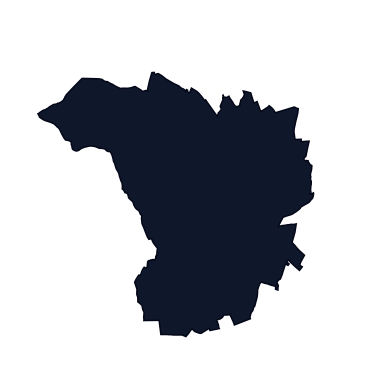 outline of Cucerdea, Mures, Romania, rotated 74°
{"feature_id": "2599482B79470279503619", "entity_name": "Cucerdea", "entity_type": "district", "adm_level": 2, "iso_a3": "ROU", "parent_name": "Romania", "parent_adm1": "Mures", "projection": "robinson", "projection_center": [24.246, 46.395], "detail": "fine", "context": "isolated", "style": "filled", "palette": "ink", "viewbox_px": 384, "rotation_deg": 74, "n_neighbors": 0, "source": "geoboundaries", "source_scale": "gbopen_adm2", "svg_char_len": 5938}
<svg xmlns="http://www.w3.org/2000/svg" viewBox="0 0 384 384"><g transform="rotate(74 192 192)"><path d="M329.3,237.8L327.7,235.3L323.4,229.8L327.0,227.7L329.9,223.6L330.4,222.3L327.8,213.1L330.1,212.9L330.8,203.4L329.9,203.6L326.6,203.2L324.7,203.5L323.7,203.3L323.2,203.6L323.0,203.9L322.5,204.0L321.9,203.6L321.6,203.0L321.9,201.9L321.7,201.4L321.8,200.0L321.2,197.9L320.8,197.3L319.4,195.6L319.2,194.9L319.2,194.5L319.7,193.1L319.7,192.4L319.9,192.1L320.0,191.4L320.3,190.4L320.2,189.3L328.9,188.0L331.5,187.9L329.9,170.8L328.6,170.9L327.6,170.4L324.8,168.7L324.2,168.2L322.8,166.3L320.4,164.8L319.3,163.9L319.2,163.3L311.0,158.4L309.7,157.8L306.2,156.5L304.5,156.0L303.5,155.5L301.3,154.0L299.4,152.6L298.6,151.8L298.2,151.2L297.6,150.5L300.5,146.1L300.3,145.8L303.1,142.1L305.7,137.8L307.1,138.0L308.5,138.5L309.9,136.4L308.1,135.9L305.6,134.8L303.4,135.2L302.6,135.3L301.8,134.8L300.3,132.8L300.2,131.4L299.7,130.8L296.6,128.4L287.0,122.1L289.0,119.9L287.9,118.5L285.4,120.2L283.9,118.2L291.7,113.7L297.0,110.3L294.8,107.2L294.2,106.6L293.2,107.7L291.7,108.5L289.6,107.0L288.8,106.3L283.8,101.3L278.2,104.8L274.1,106.9L272.7,107.4L268.1,109.7L267.7,109.5L259.0,104.1L251.4,100.6L251.2,103.1L250.5,105.2L250.1,108.0L249.7,110.5L249.6,112.3L249.2,114.0L249.1,115.6L249.0,118.7L241.3,111.4L241.3,110.2L241.1,107.2L241.1,103.4L240.9,101.7L239.2,96.2L238.7,95.0L237.6,92.6L236.9,92.0L236.5,91.5L235.6,88.3L234.5,83.5L234.0,82.0L232.5,79.9L231.4,78.1L230.9,77.6L229.2,76.5L226.7,75.4L226.2,75.6L226.7,76.7L226.8,77.4L226.4,78.9L226.1,77.9L222.5,77.4L218.5,75.9L217.5,75.3L214.5,74.4L212.8,74.7L209.6,73.5L209.1,73.5L208.7,73.8L205.8,72.3L203.2,70.8L199.7,69.5L199.2,69.8L198.7,70.6L198.7,71.0L197.8,71.2L197.2,71.1L196.9,71.2L195.8,71.7L194.9,71.8L194.6,72.0L193.9,71.8L193.2,73.7L192.9,75.0L192.3,75.5L191.4,75.3L190.8,75.5L190.5,75.0L190.0,74.8L190.1,74.5L189.7,74.0L189.6,73.6L189.1,72.8L188.6,72.4L181.8,68.9L175.4,65.4L173.7,73.2L171.4,72.5L169.9,78.5L162.2,77.4L159.3,76.3L152.7,72.8L146.6,69.3L144.7,68.3L141.2,66.9L140.1,68.5L139.2,69.4L138.5,70.3L138.8,90.0L135.4,91.0L133.5,91.9L131.9,92.9L130.3,94.1L131.1,95.2L132.6,100.0L133.1,101.6L133.2,103.8L123.0,104.5L123.4,106.9L123.5,108.0L112.9,108.2L110.2,112.7L109.0,114.9L112.9,114.8L113.7,115.5L114.6,116.2L116.0,117.8L117.1,119.8L117.5,120.1L118.2,120.1L118.5,120.3L118.8,120.7L119.5,121.0L120.6,121.7L121.1,122.0L121.8,122.0L122.1,122.2L122.3,122.6L122.2,123.6L122.3,125.0L122.2,125.7L121.5,126.5L120.5,127.1L119.1,127.7L116.9,128.1L111.7,129.9L110.1,130.1L110.7,132.3L109.5,135.3L107.8,135.3L107.4,135.4L107.6,135.7L108.8,135.7L109.6,136.4L111.4,136.7L112.4,137.3L117.2,141.1L117.6,141.3L120.2,140.9L120.6,141.1L121.6,142.2L123.3,144.9L124.4,145.6L125.9,146.8L126.0,147.0L110.3,152.5L107.2,153.5L107.7,154.6L101.9,156.8L98.0,158.7L96.2,160.0L92.0,163.9L96.1,167.1L94.7,168.7L94.3,168.5L94.1,168.8L93.0,168.1L92.0,169.1L93.2,170.4L93.0,170.6L91.3,171.3L90.4,172.1L89.4,173.4L88.1,174.4L86.5,175.3L82.6,179.8L76.3,185.8L72.0,188.9L69.1,191.6L68.7,192.6L68.7,193.3L68.9,193.7L68.8,194.7L68.6,195.2L68.0,195.5L66.7,195.3L66.3,196.5L66.3,197.3L66.2,197.7L73.9,202.5L80.0,205.8L82.5,206.8L82.4,207.1L81.9,207.7L81.7,208.4L81.7,212.1L80.6,212.5L79.9,213.0L77.8,214.9L77.2,215.6L75.1,217.4L74.9,217.8L74.8,218.5L75.0,221.0L75.0,222.1L74.8,223.7L74.4,225.9L73.3,229.3L73.0,230.7L72.9,231.5L72.6,232.4L70.4,235.1L68.2,237.3L66.6,238.7L65.1,240.6L63.4,242.2L62.8,242.6L61.6,245.3L60.3,246.5L59.4,247.1L58.6,248.0L57.6,250.3L56.5,253.5L52.5,266.3L58.6,277.1L63.6,285.6L65.6,287.9L66.8,288.8L67.2,289.4L68.3,290.3L68.6,290.9L69.5,293.4L69.7,294.4L69.9,295.5L69.7,296.0L69.7,296.6L70.1,298.1L70.0,299.1L69.7,300.2L69.8,301.3L70.8,305.4L71.8,307.6L71.9,308.7L72.6,310.5L72.4,311.5L72.4,312.3L73.4,315.8L74.0,317.2L74.4,318.6L76.0,318.1L78.0,317.9L79.7,316.6L81.8,314.7L82.8,313.5L86.4,308.2L88.7,305.7L89.9,304.9L92.6,303.5L93.4,302.8L95.2,302.0L100.7,301.1L105.4,300.0L106.8,299.4L107.3,299.0L107.7,298.0L108.7,296.2L110.0,294.7L110.9,294.5L112.0,294.6L113.5,295.0L114.6,294.8L117.0,295.1L117.9,295.0L119.2,294.0L119.8,293.3L120.7,292.0L120.8,291.1L120.8,289.9L120.6,288.9L119.9,287.3L119.6,286.0L119.3,283.1L119.5,279.0L119.7,277.3L119.9,276.4L120.5,275.0L121.5,272.8L123.1,270.6L124.1,269.5L124.9,267.7L125.2,266.5L126.5,264.2L126.9,263.7L128.6,262.9L129.1,262.5L129.4,261.9L129.8,261.5L130.2,261.0L130.7,259.3L135.0,258.7L137.5,258.7L141.2,259.0L142.7,258.5L145.6,258.5L149.1,258.4L150.5,258.0L151.3,257.7L154.0,257.2L157.0,257.4L161.8,257.2L164.0,256.8L165.6,257.0L167.1,257.3L168.6,257.8L169.9,258.2L170.6,257.6L171.8,257.1L174.2,256.6L175.1,255.0L176.6,254.3L180.0,254.5L180.7,254.3L184.9,251.7L185.6,251.5L188.0,251.5L188.8,251.4L191.2,250.9L192.6,250.3L193.5,249.8L194.2,249.1L195.5,248.3L195.9,248.1L198.7,247.8L199.5,247.6L200.3,247.1L200.9,246.6L202.5,247.5L203.8,247.9L208.4,248.7L209.2,248.7L214.2,248.0L214.5,248.1L222.7,247.3L225.6,246.5L225.7,243.7L228.0,243.6L230.6,243.1L235.0,241.4L235.4,241.1L236.1,240.7L236.5,240.7L239.7,242.1L242.1,242.9L242.6,243.3L243.4,243.8L243.6,244.0L243.7,244.4L244.0,244.6L245.2,244.7L245.6,245.4L246.2,245.7L246.7,246.0L246.8,246.2L246.9,246.7L246.7,247.3L246.1,248.3L246.2,249.4L245.9,250.0L246.0,250.4L246.5,251.1L246.4,251.5L246.1,252.0L246.0,252.5L246.5,253.5L247.0,253.9L250.4,255.3L251.7,255.6L251.9,255.8L252.1,256.7L252.4,257.9L252.2,258.1L251.3,258.3L251.2,258.7L251.5,259.4L253.1,261.0L254.7,262.3L256.8,263.7L257.5,264.5L257.6,264.8L257.6,265.1L257.3,265.6L257.2,265.9L257.4,266.3L259.6,268.9L260.8,270.1L262.2,271.4L263.0,272.0L270.3,271.7L274.9,273.2L275.9,273.3L277.3,273.2L278.6,273.2L281.3,273.9L281.9,274.2L282.5,274.2L283.0,274.2L284.3,273.1L285.6,272.3L287.3,271.3L289.9,271.6L291.4,271.7L293.3,271.4L294.7,271.3L299.2,273.0L302.0,273.5L302.3,273.7L306.3,259.0L320.4,261.2L322.1,255.3L322.9,253.3L323.2,251.9L324.3,249.4L326.7,241.1L327.9,239.4L329.3,237.8Z" fill="#0f172a" stroke="#020617" stroke-width="1.5"/></g></svg>